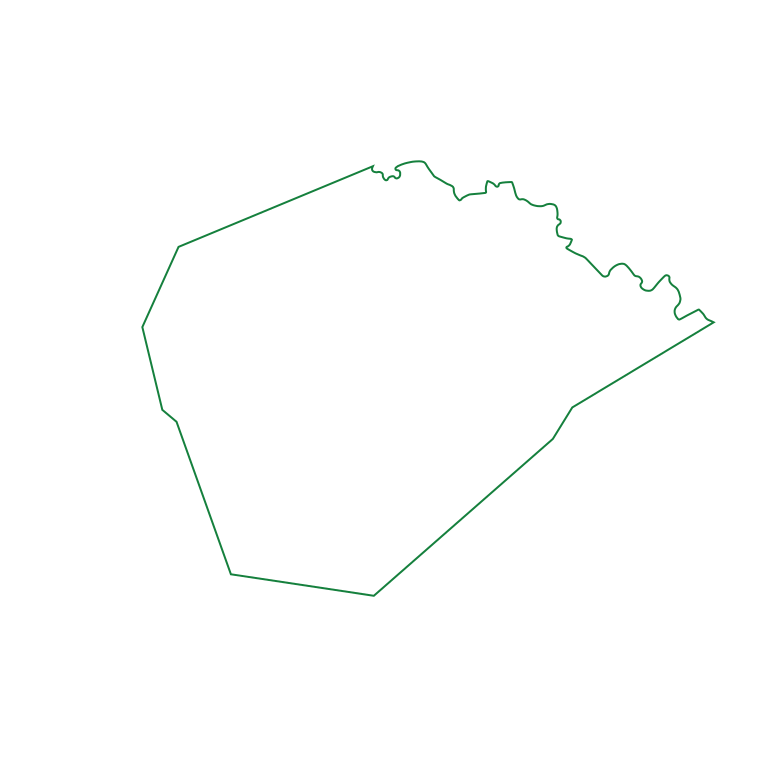 outline of Candelaria, Lempira, Honduras, rotated 302°
{"feature_id": "27666195B3501505273689", "entity_name": "Candelaria", "entity_type": "district", "adm_level": 2, "iso_a3": "HND", "parent_name": "Honduras", "parent_adm1": "Lempira", "projection": "orthographic", "projection_center": [-88.523, 14.054], "detail": "fine", "context": "isolated", "style": "outline", "palette": "green", "viewbox_px": 768, "rotation_deg": 302, "n_neighbors": 0, "source": "geoboundaries", "source_scale": "gbopen_adm2", "svg_char_len": 6142}
<svg xmlns="http://www.w3.org/2000/svg" viewBox="0 0 768 768"><g transform="rotate(302 384 384)"><path d="M199.0,487.6L426.9,556.3L463.9,556.1L611.0,630.9L610.8,628.7L610.4,626.1L610.2,625.2L610.2,623.9L610.3,622.9L610.5,622.2L610.7,621.5L610.9,621.1L611.7,619.5L612.2,618.5L612.6,617.5L612.9,616.4L613.4,614.5L613.7,613.2L614.0,611.8L613.9,611.5L613.7,611.3L613.5,611.1L608.1,607.9L602.9,604.8L597.3,601.7L595.5,600.6L595.1,600.2L595.0,599.9L594.9,599.5L594.9,598.9L595.3,597.8L595.8,596.4L596.4,595.3L597.1,594.3L597.7,593.5L598.4,592.8L599.1,592.3L600.0,591.7L601.0,591.3L601.7,591.1L602.5,591.0L603.3,590.9L604.6,591.0L606.3,591.4L607.6,591.6L608.9,591.7L610.2,591.5L611.2,591.2L612.0,590.9L612.6,590.7L613.3,590.3L614.0,589.8L614.9,588.9L616.4,587.4L618.3,585.2L619.0,584.1L619.7,582.9L620.1,581.7L620.4,580.5L620.5,579.4L620.6,577.3L620.8,575.7L621.2,574.2L621.8,572.8L622.1,572.2L622.5,571.7L622.9,571.3L623.4,570.9L624.2,570.3L625.4,569.8L625.9,569.4L626.2,568.8L626.4,568.4L626.5,567.9L626.4,567.3L626.2,566.5L626.0,566.0L625.7,565.7L625.4,565.4L625.2,565.2L624.5,564.9L623.1,564.5L618.9,563.6L615.8,563.0L613.7,562.7L608.7,562.1L606.6,561.7L606.1,561.5L605.5,561.2L604.7,560.7L604.2,560.3L603.8,559.8L603.2,558.9L602.7,558.0L602.3,557.1L601.9,556.1L601.8,555.3L601.7,554.4L601.7,553.3L601.8,552.3L602.0,551.4L602.3,550.7L602.8,549.9L603.3,549.4L603.9,549.0L604.4,548.8L605.0,548.8L605.5,548.8L606.1,548.9L606.8,548.9L607.4,548.7L607.9,548.5L608.3,548.1L608.9,547.3L609.3,546.6L609.6,545.9L609.8,545.2L609.9,544.6L610.0,544.1L610.0,543.4L609.9,542.7L609.7,542.2L609.5,541.6L609.1,540.8L608.9,540.3L608.8,539.6L608.8,538.8L609.0,538.3L609.3,537.4L610.5,534.5L611.2,532.6L612.0,530.3L612.5,528.5L612.9,527.0L613.1,525.5L613.1,524.7L613.0,523.9L612.7,523.2L612.4,522.5L611.8,521.6L610.9,520.6L610.3,519.9L609.3,519.1L608.1,518.3L607.4,517.9L606.0,517.2L604.1,516.5L602.4,516.1L600.7,515.7L599.5,515.7L598.5,515.8L597.5,516.1L596.6,516.4L595.9,516.6L595.2,516.5L594.5,516.4L593.9,516.1L593.3,515.6L592.8,515.2L592.3,514.7L592.0,514.1L591.7,513.3L591.6,512.8L591.6,512.2L591.7,511.4L597.3,489.7L597.5,488.8L597.7,488.0L597.7,486.7L597.7,485.5L597.6,484.7L597.1,482.4L596.7,479.8L596.3,477.2L596.1,474.5L595.9,470.5L595.8,467.6L595.9,467.0L596.0,466.7L596.3,466.4L596.5,466.3L596.9,466.3L597.3,466.4L597.9,466.9L598.4,467.1L599.2,467.4L599.9,467.6L601.0,467.7L602.5,467.5L603.9,467.3L604.9,467.1L605.9,466.9L606.0,466.8L606.1,466.6L606.1,465.8L605.9,465.1L604.9,463.1L604.2,461.4L603.2,458.2L602.6,456.2L602.2,454.8L602.0,453.9L602.0,453.4L602.2,452.8L602.4,452.3L603.2,451.5L604.6,450.1L605.7,449.2L606.8,448.4L607.6,447.9L608.2,447.7L608.7,447.5L609.2,447.4L609.8,447.4L610.5,447.4L611.1,447.5L611.6,447.7L612.8,448.2L613.3,448.3L613.6,448.4L614.1,448.4L614.6,448.2L614.9,448.1L615.4,447.8L615.7,447.6L616.1,447.1L616.3,446.6L616.4,446.2L616.5,445.7L616.4,445.3L616.0,444.5L616.0,444.1L616.0,443.7L616.3,443.2L616.6,442.8L617.2,442.5L618.9,441.8L620.0,441.2L621.3,440.3L623.1,438.9L624.4,437.7L625.1,436.8L625.7,435.9L625.9,435.5L626.0,434.9L626.2,434.2L626.2,433.7L626.1,432.9L625.9,432.1L625.6,431.4L625.3,430.6L625.0,429.9L624.5,429.0L623.6,427.9L622.8,427.0L621.7,426.2L620.6,425.5L619.9,425.0L619.2,424.4L618.5,423.6L617.8,422.7L617.1,421.5L616.3,420.1L615.7,418.6L615.2,417.2L614.8,415.9L614.6,414.8L614.4,413.8L614.4,412.9L614.5,412.0L614.9,409.6L615.0,408.3L615.0,406.8L614.8,405.3L614.6,404.5L614.3,403.8L613.7,402.9L612.8,401.9L612.6,401.6L612.4,401.2L612.2,400.5L612.2,400.1L612.3,399.6L612.5,398.9L612.7,398.4L613.1,397.4L614.0,396.0L614.7,395.2L615.7,394.0L618.9,390.7L621.0,388.2L622.8,385.9L622.9,385.6L622.9,385.3L622.8,385.1L621.9,383.7L619.6,380.4L617.5,377.7L616.0,376.1L615.6,375.8L615.3,375.7L614.6,375.6L614.1,375.6L613.8,375.7L613.1,376.0L612.9,376.1L612.3,376.1L612.1,376.0L611.7,375.8L611.4,375.6L611.3,375.3L611.1,375.0L611.0,374.6L611.0,373.9L611.1,373.4L611.5,372.5L611.7,371.8L611.8,370.7L611.9,370.0L611.7,368.2L611.5,366.3L611.2,364.8L611.1,364.6L610.8,364.3L610.6,364.3L610.1,364.4L608.3,364.9L605.6,365.8L604.4,366.4L603.2,367.1L602.3,367.7L601.0,368.8L600.8,368.9L600.5,369.0L600.2,368.9L599.8,368.7L599.3,368.1L596.2,364.2L591.4,357.8L590.4,356.5L589.9,356.0L589.4,355.6L587.8,354.5L584.4,352.5L583.7,352.2L583.1,351.9L582.6,351.8L581.4,351.7L581.0,351.6L580.6,351.4L580.3,351.2L579.9,350.9L579.7,350.6L579.7,350.4L579.7,350.0L580.3,347.8L580.7,346.8L581.2,345.4L581.6,344.6L582.1,343.8L582.9,342.6L584.0,341.5L585.0,340.7L586.4,339.8L586.9,339.4L587.1,339.1L587.4,338.6L587.7,338.1L587.8,337.7L587.9,336.9L587.8,335.4L587.7,334.3L587.3,332.5L587.1,330.9L587.0,323.6L586.7,318.2L586.7,316.8L586.8,316.3L588.4,312.4L590.0,308.4L591.1,306.0L592.3,303.7L592.8,302.7L593.1,301.9L593.2,301.3L593.3,300.5L593.2,299.9L593.0,299.1L592.6,297.9L592.1,297.0L591.6,296.0L590.6,294.5L589.3,292.6L587.6,290.4L586.6,289.3L584.0,286.6L582.0,284.7L579.3,282.5L576.8,280.8L576.1,280.3L575.3,280.0L574.6,279.7L573.7,279.4L573.4,279.4L573.1,279.4L572.8,279.5L572.5,279.7L572.3,279.9L572.1,280.2L572.0,280.5L571.9,280.9L572.0,281.2L572.1,281.5L572.4,282.1L572.6,282.5L572.8,283.2L572.8,283.6L572.7,284.1L572.6,284.6L572.3,285.0L572.0,285.5L571.4,286.0L570.6,286.4L569.9,286.9L569.3,287.1L568.8,287.2L568.2,287.3L567.7,287.3L566.9,287.1L566.1,286.7L565.4,286.2L565.1,285.9L565.0,285.6L564.8,285.1L564.7,284.5L564.8,284.0L565.1,283.3L565.2,283.0L565.2,282.5L565.2,282.1L565.1,281.8L564.9,281.4L564.3,280.6L563.8,280.1L562.8,279.3L562.5,279.1L561.9,278.8L561.4,278.7L560.8,278.6L560.4,278.6L559.5,278.7L559.0,278.7L558.7,278.6L558.5,278.4L558.0,278.0L557.9,277.8L557.7,277.3L557.7,277.1L557.7,276.7L557.9,275.6L558.4,274.6L558.8,273.8L559.3,273.2L560.0,272.6L560.8,272.1L561.3,271.7L561.5,271.3L561.7,270.9L561.8,270.5L561.8,270.0L561.8,269.5L561.7,268.8L561.6,268.3L561.4,267.8L561.0,267.1L560.8,266.8L560.1,266.1L559.7,265.7L559.4,265.1L559.1,264.4L558.8,263.6L558.6,262.7L558.6,262.2L558.7,261.6L558.9,261.1L559.2,260.6L559.6,260.2L560.2,259.8L560.7,259.6L561.2,259.4L562.1,259.3L562.8,259.2L391.4,137.1L304.2,148.9L244.6,209.7L242.0,228.1L141.5,355.0L199.0,487.6Z" fill="none" stroke="#15803d" stroke-width="2"/></g></svg>